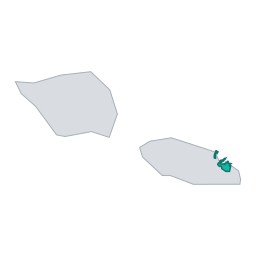 location of Vaa o Fonoti, Samoa
{"feature_id": "51752279B29729282307798", "entity_name": "Vaa o Fonoti", "entity_type": "district", "adm_level": 2, "iso_a3": "WSM", "parent_name": "Samoa", "parent_adm1": "", "projection": "robinson", "projection_center": [-171.548, -13.927], "detail": "fine", "context": "in_parent", "style": "filled", "palette": "teal", "viewbox_px": 256, "rotation_deg": 0, "n_neighbors": 0, "source": "geoboundaries", "source_scale": "gbopen_adm2", "svg_char_len": 3011}
<svg xmlns="http://www.w3.org/2000/svg" viewBox="0 0 256 256"><path d="M90.8,71.7L109.8,89.9L117.4,114.1L109.2,137.3L91.3,131.6L65.2,136.5L56.6,134.9L35.7,106.4L21.2,93.6L15.4,81.7L33.8,83.0L60.7,75.1L90.8,71.7ZM239.9,184.2L193.4,184.3L170.5,175.6L162.3,175.5L142.6,157.1L139.6,147.5L149.9,141.2L171.4,137.8L214.5,151.8L221.0,164.2L230.9,165.5L238.6,170.8L240.6,179.5L239.9,184.2Z" fill="#d9dde1" stroke="#a8b0b8" stroke-width="1"/><path d="M220.7,166.4L221.6,166.4L221.8,168.6L223.5,169.8L224.9,170.7L225.7,171.4L229.5,171.4L230.7,165.8L230.4,165.8L230.1,165.9L229.7,165.9L229.3,165.7L229.2,165.6L229.2,165.4L229.3,165.3L229.4,165.1L229.5,164.9L229.5,164.7L229.8,164.3L229.9,164.2L230.0,164.2L230.3,164.1L230.5,164.1L230.8,164.0L230.7,164.0L230.8,163.9L230.7,163.9L230.8,163.8L230.7,163.8L230.6,163.7L230.4,163.7L230.2,163.8L229.9,163.9L229.7,163.8L229.7,163.7L229.7,163.4L229.4,163.4L229.2,163.5L228.9,163.6L228.6,163.5L228.5,163.4L228.5,163.2L228.4,163.2L228.2,162.9L228.0,162.6L227.9,162.5L227.9,162.4L228.0,162.2L228.1,161.9L228.2,161.7L228.1,161.4L227.9,161.3L227.7,161.3L227.4,161.4L227.4,161.6L227.2,161.8L227.0,162.0L226.9,162.2L226.6,162.4L226.4,162.5L226.2,162.4L226.2,162.5L226.3,162.6L226.2,162.6L226.1,162.8L225.9,162.9L225.8,163.0L225.6,163.1L225.3,163.2L225.4,163.4L225.5,163.6L225.4,163.6L225.2,163.8L224.9,163.9L224.7,163.9L224.7,164.0L224.6,163.9L224.5,164.1L224.3,164.2L224.2,164.3L223.9,164.2L223.7,164.1L223.4,163.9L223.3,164.0L223.1,164.0L222.9,164.2L222.7,164.1L222.4,164.1L222.2,164.2L221.9,164.2L221.7,164.2L220.8,163.9L220.3,163.7L220.6,163.1L220.8,162.9L221.1,162.6L221.2,162.4L221.3,162.3L221.5,162.2L221.8,162.1L221.9,161.9L222.1,161.8L222.2,161.7L222.3,161.6L222.5,161.4L222.8,161.3L222.8,161.2L223.0,161.1L223.4,160.9L223.6,160.9L223.7,160.7L223.8,160.4L224.0,160.3L224.1,160.2L224.4,159.8L224.5,159.7L224.8,159.4L225.0,159.3L225.1,159.2L225.2,158.9L225.3,158.8L225.4,158.7L225.5,158.6L225.6,158.4L225.4,158.5L225.2,158.7L225.0,158.4L224.9,158.5L224.7,158.7L224.5,158.8L224.3,158.8L224.2,158.7L223.8,159.1L223.1,159.7L222.5,160.1L221.5,160.2L221.3,160.2L221.0,160.3L220.7,160.3L220.7,160.6L220.4,161.1L219.6,161.2L219.7,162.2L218.4,163.2L218.0,163.6L217.8,163.8L217.7,164.1L217.7,164.3L217.9,164.6L218.1,165.0L218.3,165.3L218.5,165.6L218.8,165.8L219.1,166.1L219.4,166.4L220.7,166.4ZM217.4,152.9L217.6,152.5L217.6,152.4L217.8,152.1L218.0,151.8L217.9,151.7L217.7,151.7L217.3,151.5L217.0,151.2L216.8,151.1L216.6,151.0L216.5,150.9L216.3,150.8L216.1,150.7L215.9,150.8L215.8,151.0L215.8,151.3L215.7,151.6L215.5,152.0L215.3,152.6L215.1,153.0L215.0,153.5L214.7,153.8L214.6,154.1L214.5,154.3L214.4,154.8L214.3,155.6L214.3,157.6L214.2,157.8L214.3,157.9L214.5,157.9L214.6,158.0L214.8,158.1L215.1,158.3L215.4,158.3L215.6,158.2L215.5,155.6L215.5,154.9L215.6,154.6L215.8,154.1L216.0,153.6L216.1,153.2L216.2,152.9L216.3,152.7L216.3,152.4L216.2,152.0L216.3,151.9L216.5,151.6L216.8,151.7L216.8,151.8L216.9,152.0L217.3,152.6L217.4,152.9Z" fill="#14b8a6" stroke="#0f766e" stroke-width="1.5"/></svg>